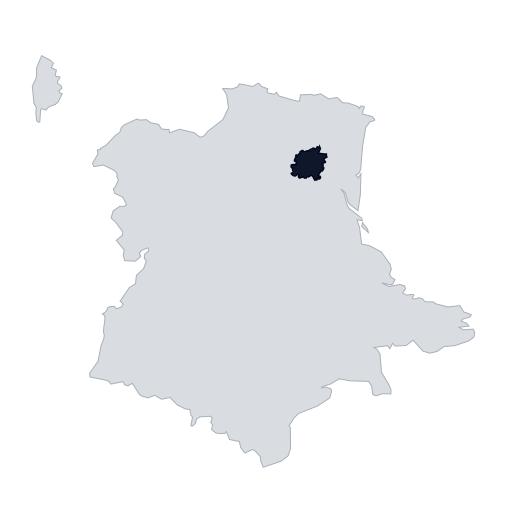 where Lot-et-Garonne sits in France, rotated 177°
{"feature_id": "FRA-5319", "entity_name": "Lot-et-Garonne", "entity_type": "Metropolitan department", "adm_level": 1, "iso_a3": "FRA", "parent_name": "France", "parent_adm1": "", "projection": "mercator", "projection_center": [0.533, 44.365], "detail": "fine", "context": "in_parent", "style": "filled", "palette": "ink", "viewbox_px": 512, "rotation_deg": 177, "n_neighbors": 0, "source": "natural_earth", "source_scale": "10m", "svg_char_len": 6203}
<svg xmlns="http://www.w3.org/2000/svg" viewBox="0 0 512 512"><g transform="rotate(177 256 256)"><path d="M412.5,206.1L408.9,208.1L406.7,212.2L404.3,213.1L400.1,213.2L398.1,210.6L393.1,212.2L391.1,214.9L394.1,218.0L384.1,231.1L377.8,234.5L376.4,243.0L368.9,249.3L366.1,255.9L365.9,257.3L367.8,259.4L367.0,263.7L363.2,266.5L363.2,269.3L364.3,269.7L370.1,267.5L372.3,264.9L371.1,261.4L376.9,257.2L387.3,258.2L388.6,263.9L387.2,268.7L394.7,279.0L388.2,283.8L387.8,287.0L394.5,297.3L398.7,301.5L396.4,308.4L389.3,312.8L384.8,312.4L382.9,313.6L383.1,315.7L386.2,321.9L393.8,325.9L395.0,330.5L392.9,332.2L389.4,339.2L390.9,342.7L390.3,344.2L391.1,346.6L393.1,348.9L403.6,354.8L413.2,353.7L414.4,357.1L408.5,366.2L408.8,370.3L405.9,370.4L405.4,371.7L399.5,374.8L390.0,383.9L385.6,386.6L383.8,391.2L381.2,393.7L367.6,399.0L365.0,397.8L358.4,397.9L354.2,394.6L346.3,392.5L343.7,387.7L336.3,386.8L335.9,383.6L325.5,386.6L310.9,382.2L305.7,377.5L301.5,378.7L297.7,382.9L281.9,394.0L275.7,405.4L276.9,418.6L280.5,425.1L270.9,424.1L265.2,426.0L263.7,428.8L250.2,425.5L245.2,428.3L243.8,428.1L242.0,425.3L235.4,422.2L236.4,420.0L235.5,418.1L229.2,416.5L227.1,418.4L224.7,414.6L207.2,408.5L204.3,408.6L203.2,414.6L191.9,414.5L190.3,413.4L183.0,414.6L175.3,409.1L166.7,410.1L161.4,404.4L156.2,404.0L149.0,401.1L145.7,399.5L145.3,397.8L143.2,400.4L140.4,399.8L139.9,399.0L141.6,395.8L142.0,392.1L132.9,389.3L130.5,386.6L130.5,385.2L135.3,383.9L139.7,378.7L143.9,359.8L146.9,337.2L149.1,332.9L152.0,331.7L149.7,328.6L146.9,332.7L148.6,311.7L151.8,295.9L159.5,302.4L161.3,305.2L163.5,314.6L167.8,318.5L165.0,314.7L162.3,302.2L160.5,298.6L148.4,288.1L148.0,285.7L153.3,286.9L151.1,279.0L149.9,262.3L142.5,260.6L130.7,253.5L122.5,240.6L121.6,235.7L123.7,230.6L121.8,227.3L118.4,225.1L121.0,220.7L123.5,220.2L132.0,222.7L125.0,218.6L113.7,220.0L109.2,218.5L108.4,215.4L111.5,211.5L107.7,209.0L101.2,209.6L100.4,208.5L102.3,205.7L100.7,204.6L95.4,205.7L92.4,204.8L89.6,201.5L81.0,200.8L79.1,198.9L67.3,195.1L55.0,195.8L51.5,189.3L44.0,186.1L45.5,184.0L53.0,182.1L54.5,180.3L49.0,177.6L47.0,174.9L57.1,174.2L52.6,171.4L42.8,171.6L41.5,167.6L42.7,163.6L48.4,159.9L62.6,156.0L72.9,155.8L80.2,151.2L87.4,149.9L94.2,152.2L103.5,163.7L110.9,158.7L121.9,158.8L124.2,161.7L127.1,156.4L129.5,159.5L143.0,158.5L139.9,156.4L137.3,151.5L136.8,133.4L129.9,120.1L128.2,115.3L128.6,111.2L136.6,111.9L143.3,110.1L146.5,111.4L147.3,119.9L150.1,124.9L168.6,126.4L179.3,129.0L188.3,124.2L196.7,122.1L197.4,120.9L192.6,121.4L188.1,119.3L187.5,117.0L189.8,110.3L202.7,102.9L221.6,96.6L226.4,92.4L232.0,84.7L230.7,82.7L231.6,61.7L234.4,54.8L241.6,49.8L259.9,44.7L262.2,51.5L262.1,55.3L266.9,61.2L269.4,63.0L277.4,59.8L281.2,65.4L282.4,71.6L292.0,74.1L294.8,82.2L296.6,80.4L302.6,80.8L305.5,81.5L309.4,85.0L308.2,89.8L309.9,92.1L308.2,96.5L309.4,98.3L320.5,98.3L323.8,96.4L325.3,92.0L328.7,89.3L329.9,90.1L327.8,98.4L329.4,100.5L330.1,106.3L334.3,106.8L342.5,111.5L349.3,119.2L357.8,117.9L364.4,122.2L371.3,119.9L377.8,122.3L380.1,124.5L386.1,135.3L390.8,133.1L394.1,134.4L395.2,137.5L407.6,135.7L409.8,138.7L412.4,139.8L428.1,143.9L428.2,147.8L419.2,159.2L415.2,175.3L412.5,180.8L411.6,185.0L412.3,187.8L411.8,192.1L409.9,202.4L411.0,205.4L412.5,206.1ZM468.4,409.9L467.6,415.9L469.8,420.2L470.5,437.3L466.0,445.6L465.2,455.5L459.6,467.3L450.9,462.0L448.2,459.1L450.6,454.6L445.6,452.2L446.8,447.8L446.2,445.6L442.7,445.4L442.5,444.2L445.1,440.8L445.0,438.7L441.7,436.1L441.0,433.7L444.3,431.1L442.8,428.7L441.0,428.1L445.4,420.3L448.5,417.9L455.3,415.7L458.1,412.8L462.6,414.4L463.4,413.6L464.9,401.2L466.5,401.0L467.9,402.7L468.4,409.9ZM148.9,279.9L147.9,283.7L143.2,277.2L142.6,273.6L148.9,279.9Z" fill="#d9dde1" stroke="#a8b0b8" stroke-width="1"/><path d="M180.4,354.2L180.4,352.6L180.3,351.9L180.0,351.1L182.2,350.0L183.2,349.1L182.8,347.8L181.9,346.8L181.7,346.1L182.0,345.8L184.1,345.2L184.7,345.3L184.7,344.7L184.6,344.2L184.4,343.9L184.2,343.4L184.2,343.0L184.5,342.2L184.6,341.8L184.5,341.4L184.0,341.0L183.8,340.8L183.7,340.3L183.8,339.8L184.1,339.3L185.2,337.6L185.5,337.4L186.1,337.6L186.4,337.5L186.7,337.3L189.3,333.9L189.5,333.1L189.2,332.8L188.0,332.4L187.6,331.9L187.5,331.4L187.5,330.8L187.8,330.2L188.1,329.9L188.5,329.7L189.0,329.6L189.4,329.6L189.7,330.0L189.9,330.4L190.2,330.7L190.6,330.6L190.9,330.4L191.0,330.1L191.0,329.4L191.1,329.0L191.2,328.8L191.4,328.7L192.4,328.9L192.8,328.8L193.2,328.6L194.1,330.1L194.7,331.7L195.5,333.0L196.7,333.6L197.4,333.4L199.4,332.2L199.7,332.3L200.3,332.7L200.6,332.7L201.0,332.4L201.5,331.7L201.8,331.3L202.2,331.2L203.4,331.3L203.7,331.4L204.1,332.1L204.8,332.4L206.3,332.2L208.0,331.6L208.6,331.7L209.2,332.2L209.5,333.0L209.4,333.7L208.7,334.3L209.4,335.4L210.4,335.3L212.4,333.9L213.4,333.9L214.7,334.5L215.9,335.5L216.5,336.5L216.1,336.9L214.6,337.7L214.3,338.0L214.2,338.3L214.2,338.5L214.3,338.7L214.5,338.9L214.7,339.2L214.8,339.4L214.9,339.7L214.8,340.3L214.8,340.5L215.0,340.9L215.1,341.1L215.2,341.7L215.3,341.9L215.5,342.2L216.0,342.6L216.2,342.9L216.3,343.4L216.2,343.7L216.1,344.8L215.8,345.2L213.3,345.4L212.7,345.3L212.3,345.1L212.1,344.9L211.8,344.8L211.6,344.8L211.3,345.0L211.2,345.3L211.2,345.5L211.2,345.8L211.2,346.1L211.2,346.3L211.1,346.6L210.8,347.3L210.8,347.5L211.0,348.0L211.4,348.4L212.1,348.6L212.4,348.8L212.6,348.9L212.6,349.2L212.6,349.5L212.5,349.8L211.4,352.2L211.1,352.6L210.4,353.0L210.4,353.3L210.5,353.4L210.7,353.5L210.9,353.7L211.1,354.0L211.0,354.4L210.9,354.6L210.7,354.7L210.4,354.8L210.1,354.8L209.9,354.7L209.3,354.4L209.1,354.4L208.8,354.4L208.5,354.5L208.3,354.7L208.2,354.9L208.2,355.2L208.1,355.5L207.8,355.7L207.2,356.0L206.8,356.5L206.6,357.1L206.6,357.3L206.5,357.8L204.6,358.9L204.0,359.0L203.8,358.9L202.9,358.0L202.6,357.8L202.0,357.6L201.5,357.6L199.5,358.4L199.2,358.4L198.5,358.2L198.2,358.2L197.9,358.4L197.6,358.7L195.5,359.8L194.9,359.9L194.4,360.1L193.7,360.6L193.3,360.7L193.1,360.7L192.9,360.7L192.3,360.4L190.9,359.8L190.6,359.9L190.3,360.1L190.2,360.3L189.7,361.1L189.5,361.4L189.3,361.6L188.9,361.9L188.7,361.9L188.2,361.5L188.0,361.4L187.7,361.4L186.9,361.7L186.8,362.0L186.0,359.6L186.6,359.0L187.3,357.2L188.3,355.7L187.8,355.3L181.9,354.2L180.4,354.2Z" fill="#0f172a" stroke="#020617" stroke-width="1.5"/></g></svg>